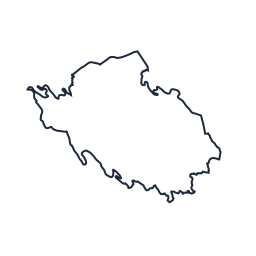 outline of Khueang Nai, Ubon Ratchathani, Thailand, rotated 144°
{"feature_id": "78962969B53843894675562", "entity_name": "Khueang Nai", "entity_type": "district", "adm_level": 2, "iso_a3": "THA", "parent_name": "Thailand", "parent_adm1": "Ubon Ratchathani", "projection": "equal_earth", "projection_center": [104.546, 15.396], "detail": "fine", "context": "isolated", "style": "outline", "palette": "slate", "viewbox_px": 256, "rotation_deg": 144, "n_neighbors": 0, "source": "geoboundaries", "source_scale": "gbopen_adm2", "svg_char_len": 5775}
<svg xmlns="http://www.w3.org/2000/svg" viewBox="0 0 256 256"><g transform="rotate(144 128 128)"><path d="M116.6,39.6L115.7,38.9L115.3,37.7L115.1,37.5L113.2,37.0L112.1,37.0L111.5,37.3L111.4,37.5L111.4,37.8L112.1,38.5L112.4,39.0L112.4,40.6L112.0,42.3L111.6,42.7L109.8,43.7L109.2,44.8L109.1,45.7L108.3,46.5L108.0,47.1L105.8,48.7L105.5,49.4L105.4,50.7L106.1,51.3L106.2,52.0L105.9,52.6L104.6,53.7L104.2,53.8L102.8,53.0L102.2,52.5L101.8,52.4L101.5,52.6L101.3,52.3L101.4,52.1L100.2,50.1L100.0,50.3L99.0,50.0L98.4,50.6L97.1,49.5L96.8,49.5L96.0,48.9L95.5,48.2L94.9,48.4L94.3,48.2L93.2,48.8L91.1,46.3L89.7,45.1L89.1,44.4L88.3,45.5L87.5,46.0L87.5,46.4L87.1,47.2L86.6,47.7L86.0,49.9L85.6,50.4L85.1,51.8L84.9,52.8L84.6,52.8L83.8,52.2L83.5,52.2L82.2,53.4L80.3,54.4L79.1,54.5L78.0,54.3L77.3,54.0L76.0,53.0L74.7,51.7L73.9,50.5L73.2,49.2L72.6,49.0L67.2,54.2L67.2,54.8L66.8,56.2L66.3,57.2L66.2,58.7L67.0,59.8L67.1,62.7L66.9,64.7L67.8,67.8L67.4,68.9L66.9,72.5L66.4,73.8L66.5,75.7L66.3,76.5L66.9,76.7L67.7,77.1L69.0,78.3L68.1,79.7L64.7,87.1L63.2,91.2L62.2,93.5L61.6,95.4L62.3,96.2L64.5,99.4L66.5,101.8L67.1,102.9L67.3,103.5L67.3,107.1L67.9,111.5L67.8,117.4L68.3,119.4L69.5,122.3L69.6,123.0L69.3,123.8L68.8,124.3L66.5,125.1L66.0,125.5L65.6,126.9L65.7,128.7L66.6,130.4L68.7,132.9L69.5,133.4L70.2,133.5L71.4,133.3L73.1,131.9L73.7,131.6L74.8,131.8L75.6,132.5L76.5,133.8L77.2,135.1L77.6,136.3L78.0,139.0L79.4,143.5L79.9,144.0L80.5,144.0L80.9,143.7L81.4,142.5L81.9,142.2L83.1,142.3L84.7,143.3L85.3,143.3L85.9,142.9L86.2,142.1L86.0,140.4L85.7,139.9L84.6,139.0L84.2,138.2L84.2,137.8L84.5,137.5L85.2,137.6L87.0,139.7L87.2,140.1L87.6,143.3L87.8,147.0L87.7,148.3L87.3,149.9L85.8,153.0L85.7,153.6L85.8,154.0L86.3,154.8L86.7,155.1L87.3,155.1L88.1,154.5L89.1,153.1L89.7,153.1L90.6,153.7L91.0,154.5L91.1,155.2L91.1,156.0L90.7,156.8L89.5,158.0L88.7,159.2L88.2,159.8L86.3,161.0L85.7,162.2L85.6,163.7L84.9,164.4L84.3,164.4L83.9,164.8L83.0,164.7L82.5,165.1L81.6,164.4L80.9,164.7L80.4,164.2L79.9,164.0L79.5,164.4L79.1,164.4L78.1,163.6L77.9,163.0L76.2,165.8L75.9,168.9L75.9,170.0L75.4,180.9L75.5,183.6L75.3,184.4L78.3,185.8L85.4,187.2L91.1,188.8L93.6,189.9L96.1,191.4L97.0,193.0L99.0,194.8L99.9,195.3L100.9,195.7L102.4,195.9L104.5,195.7L113.5,195.8L113.6,196.5L114.5,197.9L118.6,202.4L119.7,203.2L120.8,203.7L121.7,203.8L127.6,203.8L129.6,204.1L131.2,204.2L135.5,203.9L141.4,203.7L141.6,203.7L141.7,204.1L142.0,204.1L142.5,203.1L141.5,201.6L141.5,201.4L142.1,201.1L144.1,201.2L144.2,200.1L145.2,199.4L145.9,198.0L146.0,197.4L146.8,197.2L147.1,196.8L147.2,195.7L147.4,195.3L147.7,195.4L147.9,196.3L148.1,196.4L148.7,195.7L149.9,195.9L150.4,195.6L151.2,195.5L151.8,195.2L153.2,193.1L153.9,189.7L154.7,188.2L155.2,189.7L156.3,191.3L156.5,192.0L156.7,193.2L156.4,195.7L156.4,196.8L156.8,197.6L157.2,197.9L158.0,197.9L158.7,197.1L158.7,196.5L158.2,194.9L158.1,193.8L158.5,192.6L159.4,191.8L159.9,191.7L160.6,192.0L162.7,194.2L164.0,194.7L165.0,194.6L165.6,194.3L166.2,193.8L166.9,192.6L167.2,192.7L167.8,193.2L168.4,194.5L168.6,195.7L168.5,199.0L169.1,204.0L169.0,205.9L168.5,207.7L168.6,209.0L168.8,209.9L169.4,210.9L170.3,211.3L171.3,211.1L172.5,210.6L174.0,211.0L174.5,211.4L175.2,212.3L176.0,214.5L176.4,214.8L176.8,214.7L176.9,214.2L176.8,213.6L176.1,210.8L175.7,210.0L175.1,209.3L174.6,209.0L172.7,208.8L172.3,208.6L171.8,208.0L171.6,207.0L171.8,206.0L172.1,205.5L173.9,204.6L174.2,204.1L174.4,202.8L173.8,201.3L173.9,200.7L174.6,200.5L176.7,201.1L177.7,201.9L178.8,203.7L179.5,206.6L181.5,211.0L182.0,213.4L181.9,216.1L182.0,217.2L182.9,218.4L183.7,219.0L185.2,218.9L186.1,218.5L186.6,218.2L183.6,215.5L183.2,213.5L183.3,212.0L183.4,211.3L185.2,209.0L186.1,207.4L186.3,205.6L185.9,203.9L186.1,203.6L186.9,203.2L187.2,202.8L186.9,199.1L186.9,193.9L187.5,192.0L187.9,191.4L191.0,189.2L192.4,187.8L193.2,186.6L193.7,186.2L193.8,185.5L193.2,184.0L193.1,182.9L194.0,180.6L194.1,179.5L194.4,177.7L194.3,176.5L193.5,175.3L191.6,174.6L190.1,174.4L189.6,174.1L189.3,173.6L189.3,172.0L189.0,170.7L187.3,167.9L181.2,162.0L179.9,161.4L179.6,160.9L179.7,160.4L180.4,159.3L181.4,154.7L182.0,153.3L183.7,150.0L184.3,148.1L184.2,147.7L183.7,146.9L184.0,144.8L184.8,141.3L184.5,136.1L185.2,132.5L185.3,131.2L185.1,128.5L185.4,126.6L185.5,124.8L185.1,124.3L184.3,123.8L183.9,123.6L183.5,123.7L182.5,124.3L181.5,126.0L181.2,126.9L181.1,128.3L180.7,130.2L180.9,133.6L180.2,134.7L178.4,135.2L175.6,134.7L174.8,134.0L174.4,132.9L173.8,132.1L172.9,129.7L172.7,127.2L172.3,124.7L172.3,121.3L171.1,115.7L171.3,114.4L172.1,112.7L172.0,109.0L172.1,107.7L173.1,103.9L173.0,102.8L171.3,99.1L170.7,98.3L169.8,97.8L168.1,98.3L165.7,100.9L164.9,102.7L164.5,102.9L164.2,102.6L163.0,99.0L163.0,97.5L162.6,95.4L162.6,93.8L163.0,91.5L163.2,91.4L163.5,91.5L164.7,93.1L164.9,94.5L165.5,95.8L165.9,96.1L166.5,96.0L166.8,95.5L166.9,95.1L165.0,87.2L164.4,85.9L163.9,85.2L163.3,84.8L162.6,84.7L162.1,81.0L162.3,80.3L162.9,79.5L162.8,79.1L162.1,78.7L159.9,78.2L159.1,78.4L158.1,79.1L156.8,79.2L156.3,79.7L156.1,81.1L155.7,82.5L155.3,82.7L154.7,82.6L154.2,82.1L153.6,80.5L153.3,80.0L152.8,79.5L151.5,79.1L150.9,76.8L149.6,73.7L149.2,72.5L149.6,70.7L149.6,69.2L149.9,67.8L149.8,67.1L149.5,66.6L147.9,65.9L145.4,66.2L143.7,65.1L142.8,64.9L141.2,66.0L139.7,65.6L139.7,65.1L140.0,64.1L140.1,62.5L139.9,60.9L140.4,57.2L140.2,55.3L138.5,53.8L137.3,53.7L136.8,53.5L136.8,50.9L136.6,50.6L136.0,50.4L135.5,49.5L135.9,48.4L137.0,47.1L138.5,46.3L138.5,45.9L138.1,43.7L137.4,43.4L134.1,43.3L132.7,44.1L132.5,44.4L132.3,46.2L131.3,48.1L130.8,50.4L130.4,51.0L130.1,51.0L128.6,49.9L127.1,47.2L126.0,45.8L125.5,45.6L124.9,45.7L123.3,46.5L122.8,46.5L122.3,44.9L121.9,44.0L122.4,42.9L122.3,42.6L120.5,42.6L119.8,42.0L119.0,41.7L118.2,40.9L117.5,40.6L117.2,40.7L116.9,41.8L116.2,41.7L115.9,41.4L115.9,40.9L116.6,39.6Z" fill="none" stroke="#1e293b" stroke-width="2"/></g></svg>